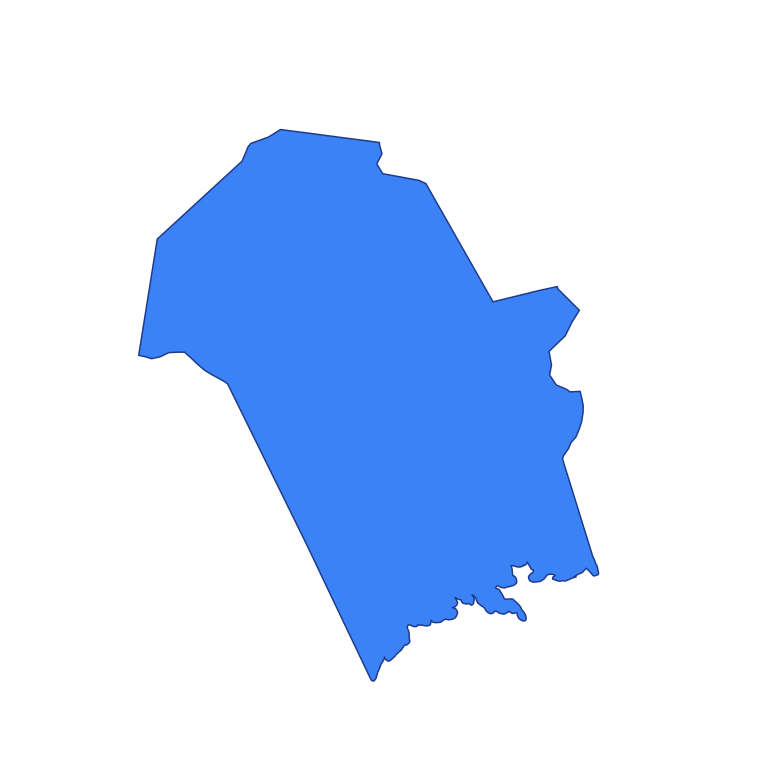 the district of Añisoc, Wele-Nzás, Equatorial Guinea, rotated 334°
{"feature_id": "11065452B27397509806446", "entity_name": "Añisoc", "entity_type": "district", "adm_level": 2, "iso_a3": "GNQ", "parent_name": "Equatorial Guinea", "parent_adm1": "Wele-Nzás", "projection": "natural_earth1", "projection_center": [10.841, 1.768], "detail": "fine", "context": "isolated", "style": "filled", "palette": "blue", "viewbox_px": 768, "rotation_deg": 334, "n_neighbors": 0, "source": "geoboundaries", "source_scale": "gbopen_adm2", "svg_char_len": 5811}
<svg xmlns="http://www.w3.org/2000/svg" viewBox="0 0 768 768"><g transform="rotate(334 384 384)"><path d="M242.7,641.9L242.8,644.1L242.9,644.5L242.9,644.9L243.1,645.1L243.1,645.3L243.4,645.6L243.6,645.9L243.8,646.0L244.3,646.2L244.6,646.4L244.8,646.3L245.0,646.4L245.3,646.3L245.6,646.2L247.1,645.5L247.4,645.3L247.8,645.0L250.2,642.4L252.0,640.3L254.2,638.6L256.4,636.6L258.3,634.7L260.6,633.3L263.3,631.5L263.4,631.3L263.7,631.1L264.6,630.0L264.7,630.3L264.6,630.7L265.0,632.8L265.1,633.2L265.2,633.6L265.3,633.7L265.4,633.9L265.7,634.2L266.0,634.5L266.7,635.0L266.9,635.0L267.1,635.2L267.4,635.2L267.8,635.3L268.0,635.2L270.0,634.8L274.1,633.7L274.3,633.6L274.6,633.5L275.8,632.7L283.3,630.5L283.5,630.3L288.5,627.5L288.7,627.8L289.5,628.4L290.6,628.5L293.3,627.6L294.2,627.0L294.7,625.9L295.4,622.9L295.6,622.7L295.9,622.3L296.1,621.9L297.1,619.5L297.7,617.9L297.7,617.5L297.8,617.1L298.0,614.1L298.4,612.3L300.2,611.2L300.6,611.0L301.5,611.7L303.0,613.6L304.3,614.9L304.6,615.1L304.9,615.4L306.5,616.0L306.9,616.2L307.2,616.1L307.6,616.2L307.8,616.1L308.0,616.0L308.2,615.8L308.6,615.6L308.7,615.4L308.8,615.3L309.0,615.6L309.2,615.8L309.5,615.9L309.8,616.1L311.8,616.9L313.8,618.5L316.2,620.1L316.5,620.2L316.8,620.3L318.6,620.8L319.7,620.8L320.6,620.1L322.0,618.4L322.2,618.0L322.4,617.7L322.6,617.3L323.3,619.1L324.0,619.9L325.5,621.0L325.9,621.2L329.8,622.8L330.7,622.9L335.0,622.2L336.3,622.3L338.0,623.8L338.3,624.0L338.7,624.3L342.0,625.3L342.3,625.3L342.5,625.4L345.0,625.4L345.4,625.3L345.8,625.2L347.0,624.6L347.3,624.3L347.6,624.2L349.4,622.4L350.0,621.5L350.1,621.4L350.2,620.2L350.0,618.3L349.9,618.0L349.8,617.7L349.7,617.4L349.6,617.1L349.4,616.9L349.2,616.7L348.2,615.7L347.8,615.1L348.2,615.1L350.4,615.4L350.8,615.3L351.3,615.2L353.4,613.9L354.1,613.2L354.4,612.0L354.3,608.0L354.0,606.8L353.9,606.6L354.7,607.6L356.0,609.6L356.3,609.9L356.5,610.1L358.1,611.5L358.5,611.9L358.4,612.2L358.4,612.5L358.3,613.8L358.5,615.0L359.2,615.9L361.1,617.5L361.4,617.7L361.8,617.9L363.7,618.4L364.2,618.9L364.9,620.1L365.1,620.3L365.2,620.6L365.5,620.7L365.7,621.0L366.0,621.0L366.5,621.1L366.8,621.2L367.0,621.1L367.5,620.9L367.8,620.8L368.0,620.6L370.1,618.1L370.2,617.8L370.5,617.4L371.0,616.0L371.0,615.8L371.1,615.6L371.1,615.2L371.1,614.8L371.1,614.6L371.1,614.4L370.7,612.8L370.7,612.3L370.9,612.3L371.4,612.6L371.8,613.6L372.6,616.1L372.3,618.7L372.3,621.2L372.5,622.4L374.1,625.8L374.3,626.0L374.4,626.3L375.3,627.5L376.1,629.2L376.3,632.5L376.5,633.0L376.6,633.5L377.3,635.1L377.6,635.4L377.8,635.8L378.9,637.0L379.3,637.2L379.7,637.4L379.8,637.4L379.9,637.5L381.4,637.6L381.8,637.6L382.1,637.6L384.8,636.8L385.2,637.0L386.9,640.1L387.2,640.4L387.5,640.7L390.5,643.2L390.9,643.3L391.3,643.5L393.7,643.5L393.9,643.5L394.0,643.5L395.7,643.2L395.9,643.1L396.1,643.1L396.5,642.9L396.6,643.0L397.1,644.1L397.3,644.3L397.5,644.7L399.0,646.5L399.3,646.6L399.5,646.9L400.0,647.1L400.5,647.2L401.8,647.2L402.6,647.5L403.1,648.4L402.6,649.5L402.6,649.8L402.5,650.2L402.3,652.8L402.4,653.3L402.4,653.8L404.1,656.9L404.4,657.2L404.7,657.6L406.4,658.4L407.3,658.6L407.5,658.5L408.3,658.1L409.0,657.1L409.8,654.7L409.8,654.2L409.9,653.7L409.7,650.7L409.6,650.4L409.6,650.2L409.0,647.7L409.0,644.4L408.9,644.0L408.9,643.6L407.9,639.9L407.8,639.6L406.5,636.4L405.7,634.4L405.5,634.1L405.4,633.8L405.2,633.6L405.0,633.4L404.7,633.3L404.5,633.1L398.8,630.7L398.0,629.6L398.1,626.4L397.5,619.9L397.4,619.5L397.3,619.1L397.2,618.9L397.1,618.7L396.9,618.5L396.6,618.2L395.1,616.9L395.2,615.8L395.4,615.6L396.6,615.2L397.6,615.2L398.3,615.9L400.0,618.0L400.3,618.2L400.5,618.5L402.5,619.9L403.5,620.3L405.6,620.4L408.0,621.1L411.9,621.8L412.2,621.8L412.5,621.8L414.9,621.4L415.8,621.0L415.9,620.9L416.5,620.1L417.3,618.0L417.5,617.0L417.5,615.7L417.5,615.3L417.3,614.9L417.2,614.5L417.1,614.4L417.1,614.2L415.8,612.5L415.9,612.0L416.7,609.9L417.9,606.9L417.9,606.7L418.0,606.4L418.4,604.4L418.6,603.0L421.2,604.5L422.9,606.3L423.2,606.5L423.5,606.7L425.7,608.0L426.1,608.1L426.4,608.2L429.0,608.6L429.4,608.5L429.8,608.5L429.9,608.4L430.1,608.4L430.5,608.0L430.9,608.4L431.1,608.4L431.2,608.5L431.6,608.5L432.0,608.6L432.6,608.4L433.0,608.2L434.6,607.0L435.0,610.4L435.1,614.1L435.3,615.4L436.1,616.2L436.7,616.6L436.3,617.4L435.9,618.3L435.0,618.5L432.2,619.1L431.8,619.2L430.0,620.1L429.3,620.8L429.2,620.9L428.9,622.0L428.7,623.8L428.9,624.9L429.0,625.0L429.6,625.9L431.5,627.6L431.8,627.7L432.1,627.9L434.8,628.9L437.8,629.9L438.2,629.9L438.6,629.9L442.0,629.5L442.3,629.4L442.5,629.3L444.8,628.3L447.0,627.2L447.9,627.2L450.7,628.1L452.6,629.3L453.8,631.1L451.2,631.6L450.1,633.2L454.5,637.7L456.7,638.7L458.7,639.3L460.6,640.6L464.7,640.9L467.7,640.9L472.7,641.6L469.4,640.6L475.8,640.1L476.2,640.1L476.6,640.3L479.4,640.3L480.4,640.1L481.1,639.7L485.0,638.3L485.2,638.5L485.6,640.0L485.7,640.4L486.5,642.4L487.8,647.3L488.0,647.7L488.3,648.2L488.4,648.3L488.8,648.5L489.2,648.8L489.3,648.8L491.8,649.2L492.2,649.2L492.6,649.2L492.9,649.1L493.2,648.8L493.6,648.6L493.8,648.4L493.9,647.9L494.1,647.5L495.3,642.8L495.7,640.5L495.6,640.1L495.6,639.7L495.5,638.4L495.9,635.9L496.1,633.1L495.9,632.0L495.9,631.4L511.6,529.6L513.8,527.2L521.4,523.0L526.5,518.6L533.4,515.7L539.8,510.0L544.8,504.9L550.5,496.8L553.6,490.7L555.2,484.8L557.0,476.6L547.7,472.6L545.6,468.6L538.4,460.4L536.8,448.5L542.9,440.3L546.6,427.0L567.9,420.2L580.6,410.4L586.7,406.7L591.9,403.4L582.0,374.8L582.4,372.4L565.0,368.1L518.0,357.9L509.5,222.3L504.9,216.5L475.0,194.4L474.0,183.0L483.1,176.2L484.7,167.7L485.7,164.9L402.5,109.9L388.5,111.4L369.9,109.4L366.0,111.1L354.1,121.5L243.8,154.3L176.1,250.7L181.2,254.7L186.3,259.4L194.6,261.4L204.5,261.5L213.7,265.5L218.6,267.9L222.0,276.1L224.6,283.3L228.8,293.1L234.1,301.2L239.8,309.2L243.5,315.0L244.1,494.7L242.7,641.9Z" fill="#3b82f6" stroke="#1e3a8a" stroke-width="1.5"/></g></svg>